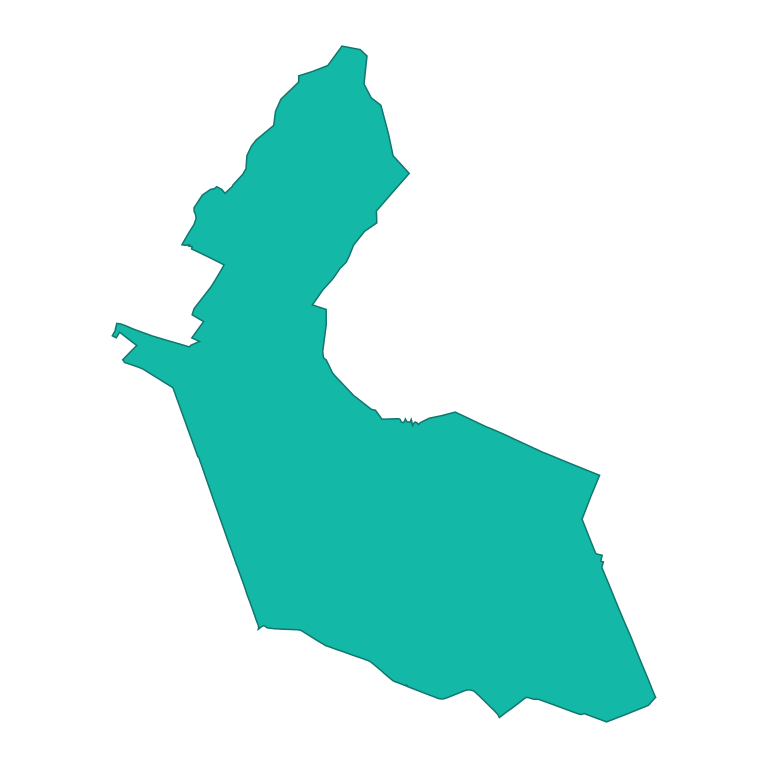 outline of Gustavo A. Madero, Distrito Federal, Mexico
{"feature_id": "50627088B27895392643448", "entity_name": "Gustavo A. Madero", "entity_type": "district", "adm_level": 2, "iso_a3": "MEX", "parent_name": "Mexico", "parent_adm1": "Distrito Federal", "projection": "albers", "projection_center": [-99.115, 19.519], "detail": "fine", "context": "isolated", "style": "filled", "palette": "teal", "viewbox_px": 768, "rotation_deg": 0, "n_neighbors": 0, "source": "geoboundaries", "source_scale": "gbopen_adm2", "svg_char_len": 5387}
<svg xmlns="http://www.w3.org/2000/svg" viewBox="0 0 768 768"><path d="M258.3,629.3L261.1,627.0L261.6,626.7L262.6,626.1L263.5,625.9L264.3,625.9L264.7,626.0L265.4,626.3L265.6,626.5L266.1,627.0L266.6,627.5L267.0,627.7L267.5,627.9L268.3,628.0L275.1,628.8L277.8,628.9L282.6,629.2L288.4,629.4L293.7,629.6L296.6,629.7L298.3,629.8L299.0,629.9L300.5,630.3L301.4,630.7L302.5,631.3L304.4,632.5L308.7,635.2L310.9,636.6L313.0,637.9L316.9,640.4L323.0,644.0L325.4,645.5L326.1,645.8L330.3,647.2L334.4,648.7L338.0,650.0L341.9,651.3L343.7,651.9L345.5,652.6L347.5,653.3L348.3,653.5L348.5,653.6L348.9,653.8L349.3,654.0L356.8,656.6L362.3,658.5L364.4,659.2L364.6,659.3L367.9,660.5L368.6,660.8L368.8,660.9L369.3,661.1L369.7,661.3L370.2,661.6L370.6,661.9L371.0,662.2L375.9,666.2L380.7,670.2L382.1,671.4L383.8,673.1L384.3,673.5L385.9,674.8L389.6,678.0L391.1,679.2L392.3,680.2L393.0,680.7L393.3,680.9L394.0,681.2L394.8,681.6L395.1,681.7L403.3,684.8L405.5,685.7L405.8,685.0L406.5,685.3L407.3,685.6L407.0,686.4L409.1,687.2L412.7,688.6L420.0,691.4L429.0,694.9L434.6,697.0L435.6,697.4L436.0,697.6L437.8,698.3L438.0,698.4L438.3,698.5L439.4,698.7L440.6,698.9L441.7,698.9L442.1,698.9L442.9,698.9L445.0,698.5L445.3,698.4L449.0,697.0L455.0,694.6L459.0,693.0L461.6,691.9L464.4,690.8L466.0,690.3L466.7,690.1L467.6,690.0L468.9,690.0L470.2,690.0L471.1,690.2L472.3,690.5L473.3,690.8L474.3,691.4L474.6,691.7L475.7,692.6L476.4,693.2L477.9,694.7L478.8,695.5L488.2,704.7L492.0,708.5L493.0,709.4L494.8,711.2L496.0,712.5L497.8,714.5L498.7,716.2L499.4,717.5L507.3,711.5L512.1,708.1L513.5,707.0L518.4,703.3L523.6,699.2L525.2,698.1L526.4,697.4L527.6,697.5L528.9,697.8L533.1,699.1L534.2,699.2L535.8,699.3L538.4,699.3L543.2,701.0L549.8,703.4L550.4,703.6L553.9,704.9L573.9,712.3L579.3,714.2L579.7,714.3L580.3,714.4L581.0,714.5L581.5,714.4L582.7,714.1L584.5,713.5L585.2,714.0L596.3,718.1L606.5,721.9L615.4,718.5L618.9,717.1L621.9,716.0L625.0,714.8L627.8,713.7L633.4,711.4L635.7,710.5L639.3,709.0L642.6,707.7L645.2,706.7L648.4,705.3L649.7,703.9L650.6,702.8L651.0,702.4L652.9,700.3L654.5,698.5L655.7,697.3L655.5,697.0L654.6,695.2L651.9,688.6L648.5,680.0L643.9,669.0L641.6,663.4L636.6,651.3L631.2,637.6L628.4,631.1L625.3,624.1L618.7,608.4L612.6,593.5L608.4,583.1L605.6,576.5L601.8,567.4L603.4,561.9L600.7,561.2L602.2,555.3L596.7,554.0L596.0,553.5L595.4,552.7L589.6,538.3L587.3,532.4L582.5,520.3L581.9,519.6L586.4,508.0L590.7,496.7L594.2,488.3L599.6,475.3L593.8,473.0L586.3,470.0L580.0,467.4L576.7,466.1L570.3,463.5L561.0,459.7L547.2,454.0L542.1,452.0L539.2,450.6L531.7,447.2L525.8,444.4L520.1,441.8L514.1,439.0L506.9,435.6L496.5,431.0L489.9,428.2L486.0,426.7L483.3,425.4L473.4,420.7L462.9,415.7L455.2,412.1L447.5,414.1L441.5,415.7L438.0,416.4L429.3,418.2L420.3,422.6L418.5,424.6L418.1,424.1L417.7,423.4L417.2,423.0L416.3,422.6L415.7,422.1L415.0,422.1L414.2,422.9L413.7,423.3L413.5,423.8L412.6,425.5L412.2,424.0L412.0,422.8L411.7,420.9L411.2,419.4L410.9,420.2L410.3,422.0L406.8,421.9L406.7,421.5L406.3,420.7L405.4,419.0L404.7,420.7L404.3,421.4L403.4,422.7L401.4,422.0L400.0,419.3L398.4,418.7L382.0,419.2L375.4,410.2L371.3,409.3L353.5,395.4L341.2,382.4L335.2,376.1L332.5,372.9L329.0,365.6L326.3,360.1L326.1,359.8L325.6,359.4L324.6,358.7L323.5,357.7L322.7,351.6L326.2,324.9L326.2,309.5L312.4,304.9L315.3,300.8L322.9,289.8L325.9,286.5L332.2,279.6L334.8,276.1L339.8,268.7L346.2,262.2L349.4,255.7L353.5,245.3L356.3,241.7L364.5,231.4L376.8,222.9L376.4,211.0L380.1,206.7L395.6,188.9L409.2,173.4L393.1,155.8L390.7,144.4L388.2,132.9L380.9,105.3L371.2,97.8L364.0,84.0L367.0,56.0L360.2,49.6L348.7,47.4L342.0,46.1L327.8,65.5L321.9,67.8L311.8,71.7L298.7,75.8L298.7,82.0L294.1,86.5L280.9,99.2L275.5,111.3L273.7,125.4L270.2,128.3L256.1,140.0L251.4,146.2L246.9,155.7L246.0,168.7L242.6,174.5L233.1,184.8L232.3,186.5L224.9,193.3L221.8,189.4L216.7,186.7L214.5,188.6L210.6,189.4L202.4,195.0L194.0,207.8L194.2,211.7L195.4,214.2L196.2,218.3L194.0,224.5L188.8,232.8L181.9,244.7L185.4,245.4L186.8,245.1L187.1,244.9L187.9,244.9L188.9,245.0L189.2,245.0L188.5,245.5L188.4,246.0L189.0,246.1L192.1,246.7L191.6,249.0L198.7,252.3L205.7,255.7L210.8,258.2L215.8,260.7L224.1,264.9L220.3,271.5L218.5,274.6L214.4,281.4L211.1,286.7L205.9,293.4L202.8,297.4L198.4,303.1L194.1,308.6L192.1,314.8L198.7,318.7L203.6,321.6L199.0,327.9L191.8,337.9L198.0,340.7L199.5,341.4L190.8,345.3L189.3,346.9L178.6,343.7L167.8,340.6L158.8,337.9L152.7,336.1L148.1,334.4L141.0,331.9L132.5,328.7L125.2,325.5L123.2,324.9L121.3,324.1L119.3,323.7L116.8,323.4L115.3,329.4L115.6,329.8L112.3,335.8L116.2,337.8L119.6,332.3L120.0,332.5L123.8,335.5L127.8,338.6L131.5,341.5L135.1,344.2L136.8,345.5L132.5,349.7L124.6,357.8L122.7,359.8L124.7,362.5L131.6,364.8L139.0,367.4L142.8,369.0L152.2,374.8L156.4,377.4L165.3,383.0L172.9,387.7L176.1,396.5L180.3,408.2L184.9,420.9L187.8,429.0L190.7,436.9L195.4,449.9L197.8,456.7L198.8,457.3L200.4,462.2L201.3,464.5L204.1,472.7L210.7,491.7L215.7,506.1L216.0,506.8L220.8,520.5L222.2,524.5L223.6,528.3L226.6,537.0L229.9,546.3L231.3,549.9L233.7,557.0L234.5,559.0L236.5,564.9L236.9,565.6L237.8,568.0L238.3,569.6L239.1,571.8L239.5,572.8L240.4,575.5L240.6,575.9L241.4,578.2L242.2,580.3L243.0,582.6L244.0,585.3L245.6,590.0L246.4,592.6L247.4,595.5L248.2,597.6L249.2,600.2L250.1,602.4L250.8,604.6L250.9,605.0L251.7,606.9L252.5,609.3L252.9,610.4L253.9,613.3L254.1,613.8L255.9,619.2L258.1,624.8L258.5,626.6L258.6,627.6L258.3,629.3Z" fill="#14b8a6" stroke="#0f766e" stroke-width="1.5"/></svg>